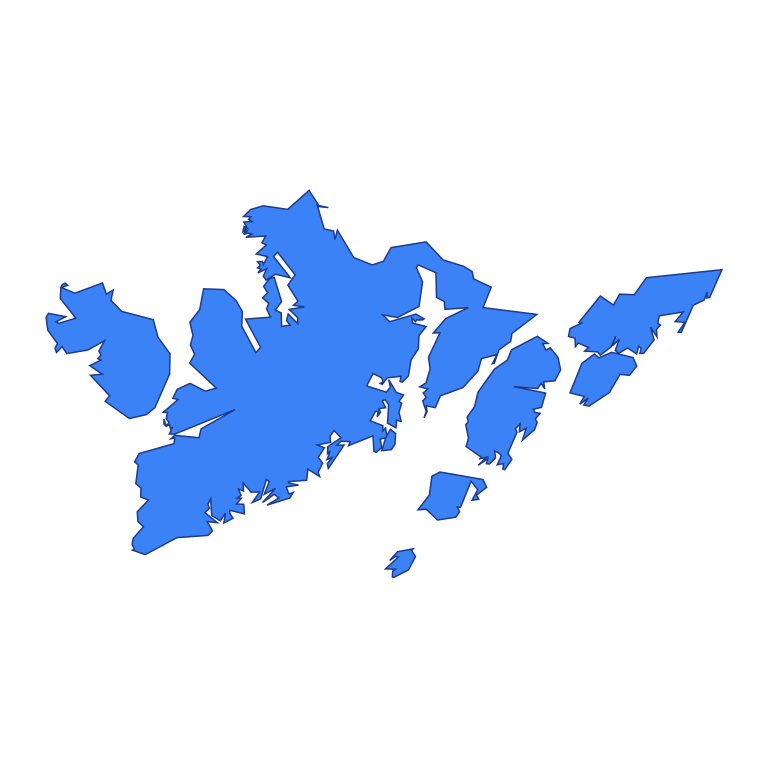 Vågan nor, Nordland, Norway (Mercator projection)
{"feature_id": "86288312B28402978584720", "entity_name": "Vågan nor", "entity_type": "district", "adm_level": 2, "iso_a3": "NOR", "parent_name": "Norway", "parent_adm1": "Nordland", "projection": "mercator", "projection_center": [14.578, 68.279], "detail": "fine", "context": "isolated", "style": "filled", "palette": "blue", "viewbox_px": 768, "rotation_deg": 0, "n_neighbors": 0, "source": "geoboundaries", "source_scale": "gbopen_adm2", "svg_char_len": 6113}
<svg xmlns="http://www.w3.org/2000/svg" viewBox="0 0 768 768"><path d="M328.4,207.6L318.9,205.6L309.0,190.4L287.7,209.4L263.1,205.8L250.7,209.5L243.6,216.5L250.9,216.7L248.5,219.4L252.0,221.5L243.8,222.0L247.2,228.0L244.1,226.5L243.0,231.2L245.4,228.7L246.5,230.0L245.4,230.1L243.5,233.9L245.7,231.2L246.7,231.4L243.8,234.5L247.8,233.1L252.1,234.1L245.8,237.3L265.7,236.0L261.9,242.7L266.3,245.0L256.2,254.0L267.6,256.6L263.5,264.5L262.4,261.5L257.6,261.6L260.3,265.3L257.5,267.9L260.8,269.1L258.0,272.9L266.6,268.8L263.3,276.2L266.1,280.1L275.5,274.2L290.3,277.8L273.6,256.5L277.6,252.2L295.1,274.8L287.9,285.2L298.0,301.2L293.5,305.3L304.2,306.9L289.2,309.4L297.7,317.7L297.7,323.6L288.2,314.0L286.5,320.6L290.1,325.1L281.6,326.4L281.2,312.9L275.2,310.1L281.6,301.6L274.2,277.4L269.7,278.6L263.6,286.3L267.6,292.7L262.6,297.9L268.7,303.3L266.6,308.8L270.6,317.1L245.5,319.1L260.6,347.3L255.9,352.6L241.7,326.2L242.4,311.6L235.9,300.4L224.0,289.6L203.6,288.8L199.7,309.6L189.9,322.2L193.0,335.4L190.4,345.1L194.6,354.2L189.7,363.1L216.3,388.1L205.3,391.2L190.1,383.4L177.2,389.3L172.8,398.3L178.1,399.5L163.3,412.2L167.6,412.6L166.2,418.8L169.1,422.3L166.2,426.0L163.9,419.0L164.0,424.2L166.4,426.3L169.3,424.6L170.5,428.6L172.6,427.0L169.3,434.0L174.7,434.1L234.9,409.6L201.1,428.9L199.0,437.7L174.6,435.3L171.2,438.7L174.6,437.9L174.1,443.6L139.2,453.5L134.6,461.9L138.2,464.9L135.8,483.6L140.9,488.0L140.7,496.9L148.3,500.1L137.2,511.9L138.0,521.5L143.5,526.8L133.2,538.3L132.1,544.5L134.4,549.0L132.4,550.1L145.2,554.6L177.0,537.6L208.0,535.4L212.4,530.8L207.2,521.6L217.4,522.7L204.9,512.6L209.5,508.4L207.9,504.4L210.7,498.7L211.7,515.5L220.3,520.8L225.6,513.0L223.8,523.0L233.0,518.3L229.7,513.0L229.9,510.3L244.4,513.9L243.8,504.3L236.4,504.0L241.3,498.2L237.0,498.0L241.1,495.6L238.5,489.0L243.5,491.0L243.2,483.0L251.1,492.1L259.6,492.0L252.4,502.4L260.7,498.8L266.4,479.5L269.2,481.7L264.2,494.3L275.5,488.4L262.6,502.5L274.2,494.3L278.9,498.0L267.1,505.1L289.8,498.0L293.3,492.4L288.9,494.0L286.3,486.9L298.5,485.1L288.8,483.0L288.4,481.6L306.7,480.3L307.8,469.1L319.6,476.5L318.1,472.2L322.6,463.2L318.3,457.3L324.4,447.8L317.2,445.0L330.7,442.3L330.0,436.3L334.0,430.5L341.0,437.8L327.8,446.7L327.5,453.6L330.3,451.0L327.0,459.6L331.8,457.6L327.4,463.7L328.3,468.5L344.1,445.0L336.8,445.2L341.0,441.2L350.3,441.7L348.6,445.6L373.0,435.8L373.9,451.4L376.2,452.3L381.6,447.7L380.3,439.1L385.7,437.7L381.8,450.7L391.4,449.6L395.0,444.2L395.6,433.5L390.4,429.3L386.8,435.7L385.5,427.9L382.6,431.1L382.9,425.7L370.2,420.8L375.5,411.4L378.2,411.3L377.1,416.8L380.5,412.3L379.0,408.6L385.6,407.7L382.3,400.8L385.3,399.7L388.6,404.8L387.5,423.2L396.0,427.8L396.6,420.2L401.2,421.4L399.0,412.3L401.6,403.3L399.0,401.3L403.6,395.0L396.3,392.4L388.7,379.6L390.4,387.2L386.3,392.2L366.7,385.9L373.0,373.5L381.6,377.7L383.1,381.8L380.2,383.4L382.3,384.4L387.2,377.8L401.0,376.3L400.0,381.4L402.2,382.2L408.4,375.9L411.1,359.8L418.3,349.0L419.0,335.7L426.2,326.5L412.5,323.1L412.0,318.1L415.6,321.7L417.0,319.6L419.8,320.3L419.9,319.4L422.3,320.0L424.1,318.9L415.9,314.1L389.7,321.7L382.6,314.9L397.5,317.5L419.0,306.4L422.6,281.9L416.5,268.0L418.0,264.8L435.9,272.7L436.5,297.4L444.3,301.5L444.9,309.3L468.2,307.7L445.7,318.6L433.3,333.0L440.0,332.8L428.5,357.3L430.1,369.1L425.9,383.0L419.8,386.8L427.8,389.0L423.2,393.0L426.3,397.4L422.7,400.9L426.2,411.4L424.0,417.9L427.1,411.5L426.2,405.8L435.3,407.6L440.4,395.8L463.0,387.5L478.0,371.0L481.4,358.7L497.0,354.6L492.4,363.7L494.3,363.2L499.0,349.8L510.7,341.3L511.9,333.5L536.8,314.4L483.1,307.6L491.2,287.2L473.7,278.9L472.2,271.6L463.6,266.3L443.0,259.9L426.1,241.9L391.1,247.6L383.5,261.2L372.2,264.9L353.8,257.6L337.4,230.2L334.9,239.5L333.6,231.0L324.2,229.0L316.8,203.6L319.1,206.6L328.4,207.6ZM67.7,285.4L65.0,283.1L62.1,284.9L60.9,287.5L60.3,298.5L75.9,318.2L58.8,323.3L56.0,321.9L65.7,316.7L48.5,313.3L46.1,317.4L47.8,330.2L57.4,343.4L55.1,348.5L56.5,352.5L62.1,346.6L66.8,353.6L87.8,350.0L104.6,340.7L98.9,351.2L101.0,355.0L97.8,358.7L100.9,360.1L89.7,365.6L102.3,374.2L90.5,375.3L109.6,395.8L105.2,401.3L129.4,418.5L146.4,414.6L154.9,407.6L169.6,374.1L170.0,353.8L157.9,337.1L153.3,319.7L121.7,311.4L111.0,300.4L113.1,290.1L106.3,294.1L102.5,283.0L74.8,293.2L61.3,287.5L67.7,285.4ZM537.4,336.3L511.5,349.8L507.3,360.2L494.5,369.0L477.9,392.3L474.6,406.6L467.1,417.2L468.2,421.8L465.7,424.7L468.5,438.0L466.1,446.5L481.8,457.6L479.0,459.0L486.7,457.1L478.1,465.3L487.8,458.7L486.4,463.7L489.4,464.0L495.6,457.9L494.6,450.9L499.3,453.4L501.4,455.6L497.2,464.8L503.5,463.6L502.8,469.1L504.6,469.8L511.9,459.3L507.8,453.3L517.0,432.2L515.5,428.6L520.1,423.8L519.4,431.8L526.2,428.3L522.4,440.2L534.5,429.7L537.2,422.7L535.4,418.9L540.1,413.3L535.1,412.5L533.2,409.2L541.5,407.4L545.6,393.1L513.7,386.6L537.7,388.6L541.1,383.3L544.7,388.9L543.7,381.8L554.9,380.9L560.6,369.8L558.0,357.4L550.1,347.7L546.1,350.3L542.7,343.6L547.9,343.4L537.4,336.3ZM600.3,296.0L579.0,322.3L581.6,323.1L570.0,328.6L568.5,336.5L575.0,338.1L575.4,346.6L578.3,343.0L588.6,347.6L584.6,351.1L597.8,351.9L600.2,355.2L611.2,346.8L615.7,336.1L612.4,345.8L619.3,339.3L615.3,350.3L618.5,353.4L627.7,348.0L636.6,354.0L638.7,346.1L641.2,348.5L639.7,353.5L643.7,353.3L654.1,339.8L650.5,327.2L657.0,336.8L656.5,329.3L660.4,325.1L657.8,323.5L659.2,315.8L683.2,312.0L675.2,321.6L685.0,322.2L678.1,332.2L681.3,332.5L693.3,305.2L704.2,300.0L707.2,292.0L706.8,298.0L709.7,297.4L721.9,269.7L646.4,277.7L634.3,294.7L619.6,294.2L613.5,305.1L600.3,296.0ZM611.7,352.3L599.0,357.8L594.5,354.0L581.9,363.3L570.0,392.9L584.3,396.4L579.8,404.2L588.3,398.1L583.7,405.0L589.0,406.1L609.5,392.4L620.0,374.4L629.5,375.3L636.7,366.0L633.1,357.6L611.7,352.3ZM439.9,472.0L431.9,476.3L429.3,495.1L418.0,509.8L426.2,509.2L437.5,520.0L455.7,517.2L459.6,511.9L457.2,506.9L460.5,507.4L471.1,481.1L477.7,489.7L472.0,500.3L478.7,499.3L476.4,495.2L486.7,487.3L482.9,479.5L439.9,472.0ZM413.2,548.8L397.6,551.7L389.7,560.5L395.7,556.4L398.4,557.0L385.5,568.9L395.5,569.2L392.7,571.2L392.3,576.7L393.2,577.6L408.4,570.0L415.5,556.5L411.5,550.6L413.2,548.8Z" fill="#3b82f6" stroke="#1e3a8a" stroke-width="1.5"/></svg>